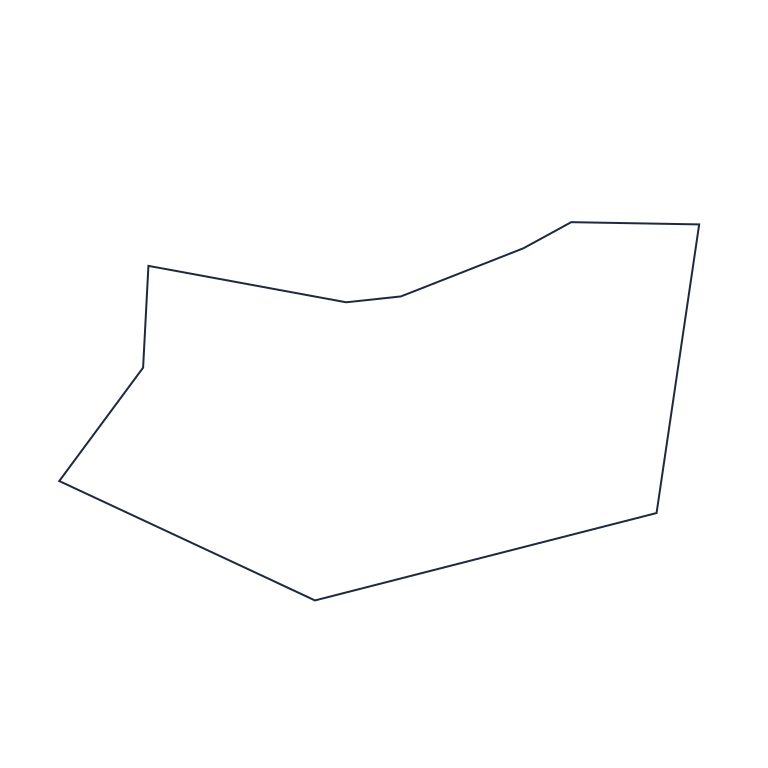 SVG path tracing the border of Kuzma, rotated 193°
{"feature_id": "SVN-197", "entity_name": "Kuzma", "entity_type": "Municipality", "adm_level": 1, "iso_a3": "SVN", "parent_name": "Slovenia", "parent_adm1": "", "projection": "natural_earth1", "projection_center": [16.092, 46.839], "detail": "fine", "context": "isolated", "style": "outline", "palette": "slate", "viewbox_px": 768, "rotation_deg": 193, "n_neighbors": 0, "source": "natural_earth", "source_scale": "10m", "svg_char_len": 297}
<svg xmlns="http://www.w3.org/2000/svg" viewBox="0 0 768 768"><g transform="rotate(193 384 384)"><path d="M402.6,157.6L678.6,216.4L622.4,345.7L640.1,446.1L439.3,455.1L387.3,473.1L278.6,547.7L238.0,583.8L112.8,610.4L89.4,319.6L402.6,157.6Z" fill="none" stroke="#1e293b" stroke-width="2"/></g></svg>